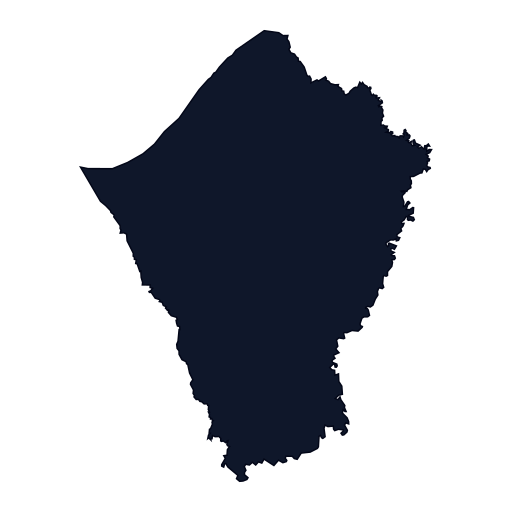 the district of Khon Sawan, Chaiyaphum, Thailand
{"feature_id": "78962969B35763800993101", "entity_name": "Khon Sawan", "entity_type": "district", "adm_level": 2, "iso_a3": "THA", "parent_name": "Thailand", "parent_adm1": "Chaiyaphum", "projection": "mercator", "projection_center": [102.296, 15.922], "detail": "fine", "context": "isolated", "style": "filled", "palette": "ink", "viewbox_px": 512, "rotation_deg": 0, "n_neighbors": 0, "source": "geoboundaries", "source_scale": "gbopen_adm2", "svg_char_len": 6060}
<svg xmlns="http://www.w3.org/2000/svg" viewBox="0 0 512 512"><path d="M80.5,167.1L100.5,201.3L105.7,205.6L110.5,210.6L111.0,212.4L114.2,214.9L113.8,216.9L120.2,225.7L120.1,228.5L121.0,230.1L120.2,233.1L124.0,232.8L126.6,234.2L127.1,240.8L133.3,253.2L133.2,256.2L134.4,257.2L134.4,259.3L136.3,259.8L135.7,263.5L137.2,263.9L139.8,271.5L140.8,271.0L141.2,277.5L142.6,282.3L142.3,284.9L150.2,285.0L150.1,287.5L152.6,288.3L150.7,290.8L149.0,291.5L149.4,292.4L151.3,292.4L155.2,298.2L159.3,299.5L160.2,301.0L159.5,301.6L162.2,302.3L163.3,305.4L166.3,306.8L165.5,308.1L167.3,310.0L167.0,310.7L168.0,309.8L168.9,310.2L168.4,312.4L171.3,315.7L176.5,317.3L177.3,319.6L176.1,320.3L176.6,323.2L177.5,326.0L179.6,326.5L179.9,328.8L179.8,329.7L179.1,329.6L178.0,341.3L176.7,344.3L177.1,348.4L179.0,350.8L179.1,354.4L182.0,359.7L186.1,361.7L186.6,363.8L187.8,364.5L189.6,373.1L192.9,379.7L190.7,382.8L190.5,384.4L193.5,390.0L193.1,393.5L194.5,395.5L194.0,396.9L196.2,399.5L198.5,399.4L199.9,401.4L201.7,401.7L204.1,403.9L207.2,403.8L207.7,405.4L208.7,405.5L208.3,409.6L209.4,411.9L208.4,412.0L209.5,414.3L209.1,416.9L210.5,417.5L210.5,419.0L211.8,418.7L212.4,420.5L213.2,420.6L212.0,422.1L212.4,424.2L210.6,428.6L209.5,429.3L209.1,433.2L210.1,433.3L208.5,435.1L207.8,438.5L208.6,437.8L210.7,439.8L210.5,439.1L212.0,438.8L212.5,435.5L215.1,436.7L219.0,436.5L220.8,438.5L220.7,440.9L221.4,441.4L223.3,441.0L225.8,442.7L227.2,440.7L228.2,440.6L226.9,444.4L227.5,445.7L229.6,446.5L227.4,449.6L227.0,455.2L223.8,455.7L225.3,458.4L221.7,464.6L221.7,466.1L223.7,467.1L224.7,463.7L225.8,463.5L227.9,467.0L237.9,475.4L236.5,478.7L239.6,481.3L243.1,481.0L246.9,479.5L248.0,477.7L244.4,474.6L244.6,472.2L245.9,470.3L244.3,466.6L245.7,464.3L249.4,465.0L252.4,462.3L255.7,465.0L258.4,461.9L261.8,463.1L264.0,459.1L273.9,465.5L278.5,460.2L282.9,462.7L286.3,461.6L286.8,460.4L285.2,458.2L286.0,456.2L292.3,456.3L294.3,458.6L297.2,459.3L301.2,453.1L310.2,452.1L317.4,448.4L318.4,446.8L319.0,436.3L320.5,435.4L321.6,437.7L322.8,438.4L325.1,436.7L324.0,428.3L325.0,425.1L327.9,426.6L333.3,426.1L333.6,429.2L334.7,430.6L338.4,429.3L343.2,429.9L343.2,431.1L341.0,433.2L342.3,435.1L343.8,434.9L346.9,432.1L347.4,430.3L344.5,425.0L345.8,422.9L348.7,423.9L348.6,421.5L347.1,417.8L342.4,413.1L343.1,409.7L345.0,411.5L346.1,411.5L344.4,407.5L344.8,405.5L340.9,399.8L340.0,396.9L337.9,399.7L335.2,398.5L338.9,395.1L342.4,394.3L341.8,386.1L338.8,381.5L338.5,373.9L334.9,375.2L334.6,370.3L331.9,369.8L329.7,367.5L333.6,363.8L334.7,364.9L335.1,367.1L336.3,367.2L337.2,365.9L336.8,364.1L332.6,362.4L332.0,361.2L332.3,360.1L335.0,358.3L333.6,356.1L333.9,355.0L339.0,352.7L335.7,348.9L337.8,346.2L336.5,339.9L338.8,337.9L343.7,338.7L344.7,338.1L343.6,333.7L344.1,332.5L346.9,332.7L352.0,330.5L358.1,331.1L362.1,327.4L362.4,326.5L360.8,325.9L359.9,324.1L361.9,318.2L363.9,316.9L367.7,316.8L369.5,315.4L368.2,309.9L367.2,308.5L365.6,308.3L365.6,307.4L367.7,306.3L370.3,307.0L372.9,305.2L375.3,299.1L377.9,295.0L377.4,291.6L378.5,288.5L379.5,287.8L382.2,288.6L383.7,287.3L382.6,283.7L383.2,276.6L383.9,275.5L386.1,276.2L387.5,275.5L387.5,271.6L391.8,266.4L392.5,262.5L391.7,259.8L394.4,259.5L395.3,258.2L394.5,255.8L392.0,255.7L391.0,254.8L394.3,252.4L391.0,251.0L390.8,248.7L392.2,248.2L394.4,249.3L396.4,245.9L389.2,243.1L388.5,243.5L388.6,245.8L387.6,246.6L386.0,244.4L386.1,242.8L390.5,239.9L393.4,240.0L396.0,238.9L396.3,240.9L398.5,240.3L399.8,237.7L397.2,236.9L396.8,234.7L401.6,230.9L400.8,228.5L403.0,226.0L404.0,223.4L401.7,223.5L401.3,221.9L404.1,219.9L406.0,216.5L407.5,217.0L407.5,219.6L408.3,220.3L410.6,220.0L412.9,221.1L414.3,219.7L413.4,217.4L409.3,216.4L408.5,215.4L413.2,213.2L413.6,207.7L412.8,207.5L409.7,209.7L406.2,209.4L407.7,204.9L409.9,203.0L408.6,201.5L407.5,201.8L404.7,206.4L403.4,206.6L403.9,202.1L402.1,196.8L402.7,195.1L405.1,192.7L404.3,191.6L401.9,192.0L401.1,191.2L403.3,190.7L406.8,191.4L407.8,189.6L410.9,187.7L410.4,185.0L411.4,183.7L411.3,180.9L410.2,178.9L410.2,176.6L413.6,176.4L420.0,173.1L421.9,172.9L423.3,169.0L425.3,169.3L426.7,171.6L428.0,169.7L430.3,168.4L430.1,167.5L427.5,166.8L426.7,165.2L427.6,163.0L427.1,161.4L429.2,160.9L429.6,159.1L427.4,157.8L428.2,156.1L426.1,154.3L429.7,152.7L431.5,149.6L429.2,149.5L426.7,151.2L426.8,146.9L428.0,146.0L429.6,146.1L428.3,144.0L426.3,145.7L424.8,145.7L424.4,147.4L425.5,149.1L423.8,149.1L421.5,146.8L418.9,148.3L417.4,146.9L420.1,145.2L415.5,143.1L414.4,139.9L413.4,140.1L412.9,141.7L413.3,143.8L414.8,145.3L412.1,145.8L410.9,143.5L411.3,141.5L409.0,142.8L408.2,141.9L408.7,140.7L406.6,140.4L409.4,138.0L410.0,135.9L409.3,134.9L407.0,134.8L407.7,133.5L405.6,131.9L406.0,130.6L405.2,129.5L404.1,130.2L404.0,132.7L403.1,133.9L404.2,134.7L403.5,137.0L402.5,135.9L400.1,135.9L399.1,137.9L398.1,136.6L395.1,136.3L394.8,135.5L392.2,136.0L391.0,134.2L392.7,133.7L392.6,132.0L390.8,131.5L389.7,132.8L386.2,132.2L388.4,131.1L388.4,129.6L384.8,127.9L386.9,127.3L387.3,126.2L384.6,126.0L383.4,125.0L381.0,125.4L381.0,121.5L382.2,120.4L381.9,117.9L383.6,116.2L382.4,113.1L382.9,110.0L381.5,107.8L381.8,106.6L380.0,106.1L378.9,106.8L378.3,105.6L382.4,102.8L382.1,100.9L381.2,100.2L381.3,101.4L380.3,101.5L378.2,100.1L379.4,97.7L376.2,98.0L375.8,97.1L377.1,96.0L376.6,95.4L374.2,95.2L373.3,94.2L372.3,95.5L371.5,95.1L369.8,90.0L370.9,88.6L370.7,87.3L369.7,87.1L369.1,88.1L367.5,87.7L367.1,86.4L364.0,84.6L362.5,82.4L361.3,84.1L359.8,82.2L357.6,87.5L355.6,87.2L353.8,88.0L350.2,91.2L349.0,93.3L345.7,95.1L344.1,93.7L343.7,91.2L342.0,91.0L341.5,88.5L337.9,86.4L338.4,84.6L335.0,84.8L330.5,83.6L328.6,81.2L325.8,80.1L326.4,78.5L325.4,76.8L318.5,81.0L317.0,79.9L310.9,82.9L311.1,79.0L309.6,76.1L307.7,76.3L306.8,74.9L304.2,67.1L300.2,61.5L298.4,61.2L298.1,58.0L296.4,57.0L294.5,54.1L290.8,52.8L288.9,49.3L290.2,47.2L288.9,41.7L287.0,39.1L287.9,35.5L283.0,35.6L278.8,32.7L264.2,30.7L236.0,50.2L232.4,55.2L227.8,58.0L219.4,67.1L215.8,72.2L213.9,73.1L211.0,77.5L208.4,79.3L199.1,89.7L179.0,118.4L164.4,131.6L154.5,144.1L143.0,153.8L127.6,162.5L112.4,168.7L87.9,168.6L80.5,167.1Z" fill="#0f172a" stroke="#020617" stroke-width="1.5"/></svg>